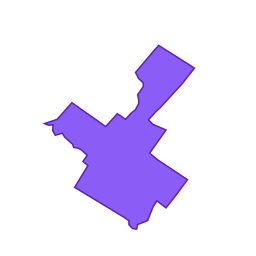 the district of Picada Café, Rio Grande do Sul, Brazil, rotated 297°
{"feature_id": "56859067B3523783610798", "entity_name": "Picada Café", "entity_type": "district", "adm_level": 2, "iso_a3": "BRA", "parent_name": "Brazil", "parent_adm1": "Rio Grande do Sul", "projection": "equal_earth", "projection_center": [-51.109, -29.454], "detail": "fine", "context": "isolated", "style": "filled", "palette": "violet", "viewbox_px": 256, "rotation_deg": 297, "n_neighbors": 0, "source": "geoboundaries", "source_scale": "gbopen_adm2", "svg_char_len": 848}
<svg xmlns="http://www.w3.org/2000/svg" viewBox="0 0 256 256"><g transform="rotate(297 128 128)"><path d="M41.8,181.6L46.3,180.4L54.5,187.5L69.1,186.1L76.2,186.8L74.1,198.1L90.1,201.3L108.9,204.4L109.7,198.0L112.4,174.8L113.0,169.4L115.4,158.7L129.2,160.7L143.4,162.8L142.6,148.5L144.6,142.5L155.4,145.5L160.6,147.4L192.2,156.2L211.5,160.0L215.5,117.9L209.2,116.1L180.9,109.5L176.9,115.0L175.2,121.0L171.8,122.8L161.9,121.5L157.5,125.1L154.4,126.4L147.7,126.4L142.3,123.9L134.6,121.9L135.9,112.0L122.5,108.4L119.1,107.4L120.7,97.0L123.6,76.3L125.1,66.5L103.6,61.0L94.0,51.6L94.4,55.7L96.7,59.8L91.5,62.1L88.5,66.5L93.5,71.8L91.1,75.9L88.3,86.1L86.0,88.5L87.5,92.8L87.2,96.8L85.1,104.1L77.8,103.0L76.3,109.3L70.5,108.9L50.9,107.4L46.6,165.6L45.8,170.9L42.3,172.7L40.5,177.6L41.8,181.6Z" fill="#8b5cf6" stroke="#5b21b6" stroke-width="1.5"/></g></svg>